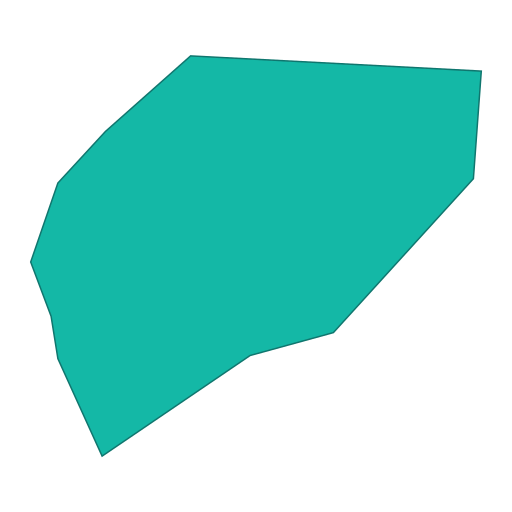 SVG path tracing the border of Odranci
{"feature_id": "SVN-1046", "entity_name": "Odranci", "entity_type": "Municipality", "adm_level": 1, "iso_a3": "SVN", "parent_name": "Slovenia", "parent_adm1": "", "projection": "robinson", "projection_center": [16.274, 46.584], "detail": "fine", "context": "isolated", "style": "filled", "palette": "teal", "viewbox_px": 512, "rotation_deg": 0, "n_neighbors": 0, "source": "natural_earth", "source_scale": "10m", "svg_char_len": 269}
<svg xmlns="http://www.w3.org/2000/svg" viewBox="0 0 512 512"><path d="M190.6,55.9L481.3,71.1L473.4,178.7L333.4,332.6L250.1,355.5L102.1,456.1L57.9,358.7L51.1,316.3L30.7,262.0L57.9,183.0L105.5,131.4L190.6,55.9Z" fill="#14b8a6" stroke="#0f766e" stroke-width="1.5"/></svg>